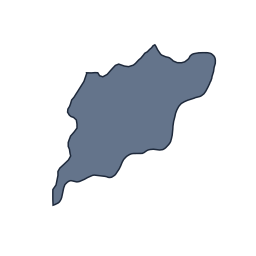 outline of Rangrim, Chagang-do, North Korea, rotated 19°
{"feature_id": "82179303B57192008066519", "entity_name": "Rangrim", "entity_type": "district", "adm_level": 2, "iso_a3": "PRK", "parent_name": "North Korea", "parent_adm1": "Chagang-do", "projection": "albers", "projection_center": [127.189, 40.817], "detail": "fine", "context": "isolated", "style": "filled", "palette": "slate", "viewbox_px": 256, "rotation_deg": 19, "n_neighbors": 0, "source": "geoboundaries", "source_scale": "gbopen_adm2", "svg_char_len": 2122}
<svg xmlns="http://www.w3.org/2000/svg" viewBox="0 0 256 256"><g transform="rotate(19 128 128)"><path d="M70.8,89.3L71.2,90.1L71.2,91.6L71.2,98.3L69.8,104.3L68.4,110.3L67.7,113.1L67.0,116.3L65.6,119.9L65.8,124.4L65.7,126.7L65.0,129.7L65.7,132.7L68.3,134.9L70.4,135.7L73.1,135.7L76.5,137.2L78.5,140.9L78.7,141.5L79.8,144.7L78.4,149.2L76.3,154.4L76.3,155.9L76.2,158.2L76.2,161.2L77.5,164.9L79.5,167.1L81.5,170.9L82.9,173.1L82.1,177.6L79.4,182.9L76.6,188.1L75.9,191.9L77.2,195.6L77.8,200.1L78.5,205.3L77.0,210.6L77.7,212.8L79.0,216.6L80.3,220.3L82.3,225.4L83.7,224.3L86.3,221.7L87.2,220.2L87.6,218.7L87.9,216.9L87.9,215.2L86.7,205.5L86.8,202.0L88.1,199.3L89.1,197.9L90.4,196.7L91.8,196.2L96.8,195.7L98.1,195.2L99.6,194.3L103.6,190.6L105.9,188.0L108.5,185.6L109.9,184.3L111.4,183.5L122.0,181.2L123.7,181.0L125.4,181.1L127.0,180.7L128.6,179.8L130.8,177.0L131.4,175.6L133.0,169.5L133.4,166.0L133.6,162.4L134.1,159.3L135.3,156.5L136.2,154.9L137.4,153.4L138.5,152.2L139.9,151.1L141.6,150.3L149.7,147.4L151.1,146.1L153.2,143.2L154.5,142.0L156.0,141.1L158.9,139.8L165.1,138.5L167.9,137.1L169.2,135.7L170.1,134.3L171.9,130.3L172.4,128.7L172.7,127.0L172.6,125.1L172.5,123.6L172.1,120.3L170.7,114.4L169.9,111.6L169.0,106.8L168.6,101.9L168.2,98.7L168.3,95.0L168.8,91.8L169.2,90.3L170.4,87.5L172.7,84.8L175.3,82.4L180.9,78.2L181.7,77.4L185.7,74.8L186.9,73.6L188.6,71.0L189.5,68.1L190.2,63.8L190.7,59.5L190.7,58.1L191.0,56.6L191.0,53.6L190.7,52.2L190.5,46.8L189.7,42.7L189.5,38.5L188.6,35.6L187.9,34.2L186.9,32.9L185.5,31.8L182.8,30.7L181.5,30.6L178.8,30.9L174.5,32.3L170.4,33.9L166.2,36.2L164.8,37.3L163.9,38.6L163.2,40.0L163.1,41.4L162.7,42.9L162.0,44.1L160.1,47.0L157.3,48.9L153.3,50.2L148.9,49.9L147.5,49.2L144.6,48.2L143.1,48.1L140.5,48.4L136.0,48.1L134.6,47.5L133.7,46.8L130.6,44.5L128.1,42.0L126.7,40.8L126.3,40.6L124.9,42.1L124.2,44.4L122.9,46.6L121.5,49.6L119.5,51.9L118.8,54.1L117.4,57.8L116.0,60.1L114.0,64.6L112.6,66.8L108.6,69.8L104.5,70.6L101.1,70.6L98.4,70.6L95.7,72.9L94.3,75.9L93.0,78.9L90.9,84.1L87.5,87.8L84.1,87.8L81.4,85.6L78.7,86.4L75.3,87.9L70.8,89.3Z" fill="#64748b" stroke="#1e293b" stroke-width="1.5"/></g></svg>